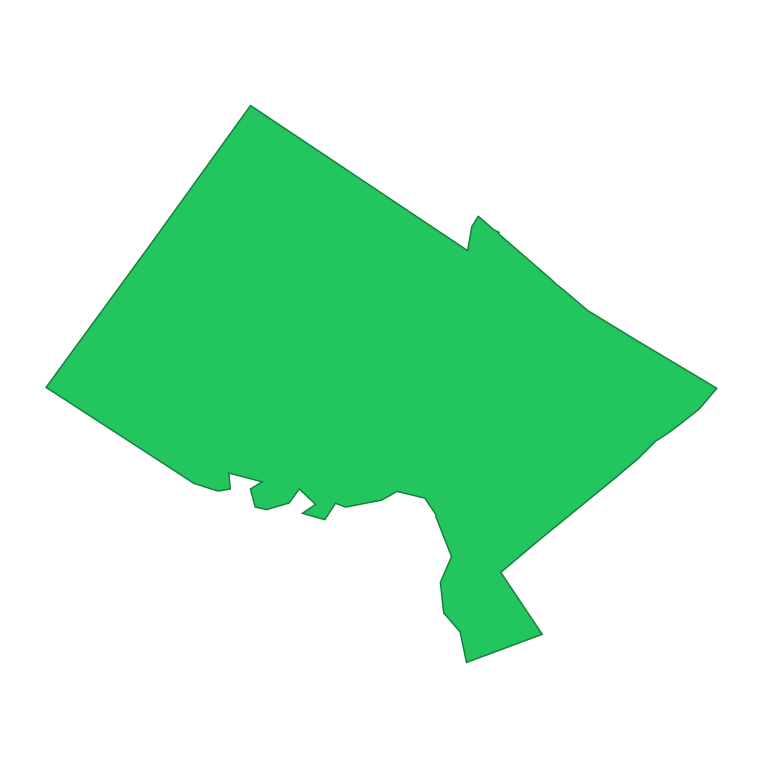 Chatham, North Carolina, United States of America, rotated 34°
{"feature_id": "52423323B14354117939390", "entity_name": "Chatham", "entity_type": "district", "adm_level": 2, "iso_a3": "USA", "parent_name": "United States of America", "parent_adm1": "North Carolina", "projection": "natural_earth1", "projection_center": [-79.146, 35.696], "detail": "fine", "context": "isolated", "style": "filled", "palette": "green", "viewbox_px": 768, "rotation_deg": 34, "n_neighbors": 0, "source": "geoboundaries", "source_scale": "gbopen_adm2", "svg_char_len": 1094}
<svg xmlns="http://www.w3.org/2000/svg" viewBox="0 0 768 768"><g transform="rotate(34 384 384)"><path d="M105.7,575.8L110.3,575.7L119.6,575.5L254.7,573.1L255.0,573.1L282.0,572.7L306.2,565.6L315.3,557.0L305.2,544.6L337.7,533.2L332.0,545.7L345.9,558.0L356.9,553.8L371.9,535.6L372.4,518.4L394.6,522.1L388.7,536.8L410.8,529.6L410.5,510.0L421.0,507.5L447.0,481.5L454.8,465.8L481.7,455.8L499.8,463.2L500.7,464.0L501.2,464.6L501.4,465.0L501.9,465.5L536.5,489.3L541.7,517.0L561.5,540.4L585.8,547.0L608.1,568.7L643.6,519.1L644.6,517.7L654.7,503.6L655.1,503.0L586.2,474.9L596.4,438.7L596.5,438.6L596.5,438.4L601.4,421.5L601.6,420.8L627.3,335.8L636.5,303.4L641.1,279.6L646.4,267.3L648.0,262.9L651.5,252.8L651.9,251.8L659.4,228.1L662.3,201.5L650.4,202.1L650.1,202.1L627.0,203.4L626.8,203.4L626.7,203.4L567.9,206.7L511.7,209.2L479.5,205.6L469.1,204.9L469.1,204.6L464.9,203.9L394.6,195.4L394.6,193.9L388.8,194.8L368.4,192.2L368.3,192.4L368.8,203.2L368.8,203.5L368.8,203.8L368.8,204.5L378.8,226.7L117.6,227.8L112.3,400.3L112.0,408.4L105.7,575.8Z" fill="#22c55e" stroke="#15803d" stroke-width="1.5"/></g></svg>